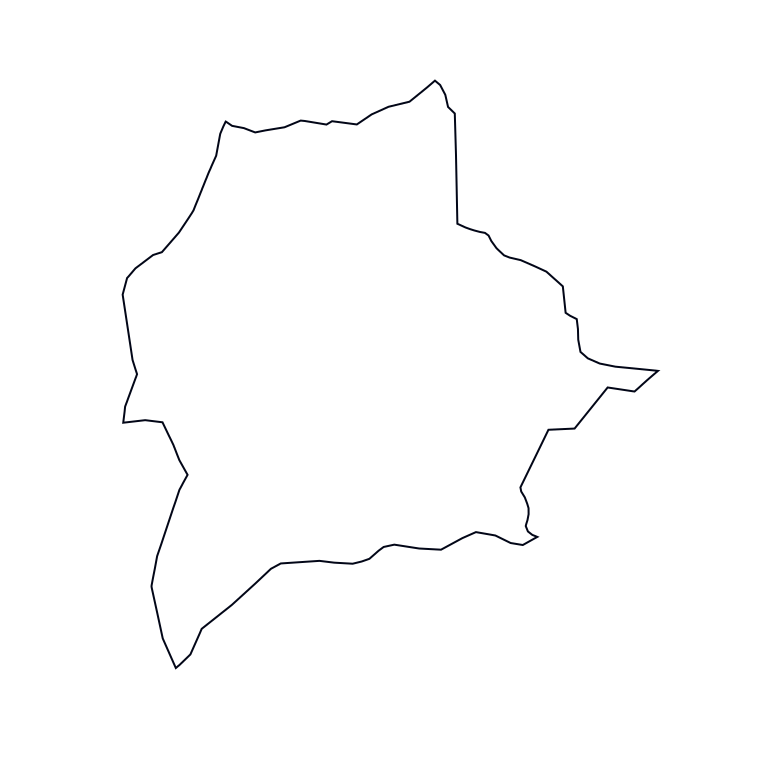 outline of Jebel Moon, Western Darfur, Sudan, rotated 187°
{"feature_id": "16777658B1532389349494", "entity_name": "Jebel Moon", "entity_type": "district", "adm_level": 2, "iso_a3": "SDN", "parent_name": "Sudan", "parent_adm1": "Western Darfur", "projection": "equal_earth", "projection_center": [22.923, 14.08], "detail": "fine", "context": "isolated", "style": "outline", "palette": "ink", "viewbox_px": 768, "rotation_deg": 187, "n_neighbors": 0, "source": "geoboundaries", "source_scale": "gbopen_adm2", "svg_char_len": 2705}
<svg xmlns="http://www.w3.org/2000/svg" viewBox="0 0 768 768"><g transform="rotate(187 384 384)"><path d="M590.1,155.1L590.0,154.4L589.6,153.1L581.2,129.2L572.6,104.5L556.0,76.7L555.9,76.8L554.1,78.8L552.9,80.0L543.2,92.0L536.4,114.3L535.1,118.8L508.2,146.1L487.3,170.4L473.7,186.8L464.6,193.3L426.5,200.6L411.7,200.6L393.2,201.8L384.5,205.1L377.2,208.7L369.0,217.9L364.5,222.2L354.2,225.8L329.1,225.0L307.2,226.5L287.4,240.6L274.7,248.2L260.5,247.5L255.0,247.2L238.9,241.6L226.6,241.1L215.3,249.4L213.2,250.9L215.3,251.5L218.4,252.3L223.2,255.2L226.0,260.3L225.7,262.6L225.0,266.4L224.6,272.4L225.4,278.4L227.3,282.7L230.4,288.6L234.7,294.0L236.0,298.0L221.8,339.3L215.2,358.6L189.4,363.0L161.6,407.8L150.2,407.5L142.9,407.3L136.2,407.1L134.4,407.1L130.6,411.4L127.1,415.5L123.0,420.2L122.6,420.6L122.1,421.2L113.9,430.2L113.7,430.4L116.1,430.4L141.2,429.8L156.4,429.4L172.4,430.6L184.8,434.3L192.9,439.8L196.6,451.6L198.2,462.2L200.6,471.9L207.6,474.4L212.4,476.8L218.4,502.7L236.5,515.3L248.0,519.0L263.4,523.6L274.7,524.8L280.5,526.3L287.2,531.2L289.0,532.6L294.9,539.0L298.3,544.1L302.2,546.3L307.3,546.6L313.1,547.4L317.4,548.2L322.2,549.3L330.7,552.0L335.5,585.5L340.5,620.4L346.7,661.1L354.2,666.8L358.4,678.5L364.7,687.6L370.4,691.3L377.4,683.6L393.1,667.3L413.3,659.7L429.1,650.1L442.6,638.3L467.6,638.5L472.7,634.5L494.6,635.4L498.8,635.3L514.0,626.7L532.5,621.3L542.5,618.0L548.6,619.5L554.2,620.9L564.5,621.6L566.2,621.7L572.0,624.7L572.8,625.1L573.1,625.2L574.9,619.9L577.0,612.5L577.1,611.3L578.4,590.1L579.7,585.9L581.7,579.4L582.6,576.2L583.4,573.7L583.8,572.3L583.9,572.0L584.7,569.0L585.3,566.6L585.7,565.3L587.7,557.7L588.2,556.0L588.6,554.2L589.3,551.7L591.1,544.8L592.9,538.3L594.3,532.9L594.5,532.6L595.2,531.0L595.4,530.5L595.6,530.1L595.9,529.5L596.0,529.3L598.4,524.4L606.0,509.3L620.5,487.8L628.9,483.9L644.8,468.5L650.8,459.4L651.9,457.9L654.2,441.5L654.3,440.9L647.5,416.6L641.1,393.7L636.5,377.2L632.6,368.6L630.5,364.1L630.3,363.6L630.6,362.4L630.9,360.8L631.0,360.5L631.1,360.1L631.2,359.8L636.2,338.5L637.1,334.5L637.3,333.8L638.2,330.0L638.1,325.0L638.1,319.4L638.1,313.8L616.6,319.0L608.5,319.0L599.9,319.0L599.2,319.0L591.0,306.2L590.6,305.6L589.8,304.4L588.0,301.6L585.9,298.3L585.7,298.0L585.3,297.3L584.9,296.5L584.6,295.9L584.4,295.6L584.2,295.3L583.9,294.7L583.6,294.1L583.2,293.4L580.7,288.7L577.8,283.4L573.1,277.0L571.5,274.8L571.2,274.4L567.9,269.9L568.6,268.1L568.9,267.4L569.5,265.9L571.5,260.9L571.8,260.1L572.0,259.5L572.4,258.5L573.4,255.9L573.6,255.4L574.0,254.5L574.2,253.8L576.7,241.4L578.1,234.9L583.9,206.2L584.9,201.2L585.5,198.2L588.2,185.5L588.9,173.7L589.7,162.4L590.1,156.0L590.1,155.1Z" fill="none" stroke="#020617" stroke-width="2"/></g></svg>